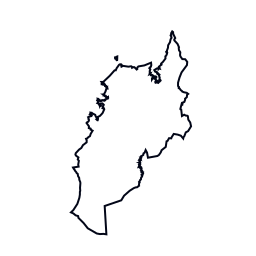 the district of Capiz, Capiz, Philippines, rotated 314°
{"feature_id": "2640588B34459645926333", "entity_name": "Capiz", "entity_type": "district", "adm_level": 2, "iso_a3": "PHL", "parent_name": "Philippines", "parent_adm1": "Capiz", "projection": "albers", "projection_center": [122.785, 11.39], "detail": "fine", "context": "isolated", "style": "outline", "palette": "ink", "viewbox_px": 256, "rotation_deg": 314, "n_neighbors": 0, "source": "geoboundaries", "source_scale": "gbopen_adm2", "svg_char_len": 5904}
<svg xmlns="http://www.w3.org/2000/svg" viewBox="0 0 256 256"><g transform="rotate(314 128 128)"><path d="M27.7,145.6L28.6,148.1L28.8,151.0L30.0,153.3L28.9,154.8L28.8,162.1L27.9,168.7L30.4,178.8L32.2,181.5L34.7,183.8L36.5,186.3L55.7,165.4L71.3,173.4L76.6,172.2L84.0,172.8L88.7,173.9L90.5,174.7L91.7,175.7L93.9,176.0L93.9,175.8L94.6,175.5L96.3,174.2L96.8,174.2L96.9,173.4L98.7,173.2L99.2,172.8L100.0,173.0L101.6,171.8L102.8,171.9L103.5,171.4L103.6,170.7L104.0,170.8L104.0,170.4L105.1,170.7L105.7,170.5L105.7,169.7L106.2,169.6L105.9,169.2L106.4,169.1L105.8,169.1L105.6,168.1L106.3,167.4L106.7,167.7L106.7,167.2L107.1,167.4L107.3,166.4L107.6,166.1L107.8,166.5L107.7,166.0L108.2,166.0L108.6,165.4L108.5,165.1L108.1,165.0L108.2,164.8L107.7,164.5L107.6,163.9L108.9,164.2L108.9,163.9L108.4,163.8L108.5,163.4L108.1,163.3L107.9,162.9L108.2,162.6L107.9,162.5L108.4,162.3L108.7,162.9L109.0,162.0L109.6,162.3L109.9,162.0L110.3,162.0L110.4,161.6L110.0,161.6L110.4,161.4L110.1,161.1L110.9,160.9L110.8,160.5L111.1,160.8L111.4,160.1L111.4,160.5L111.7,160.5L111.7,160.0L112.3,159.7L112.2,159.4L113.1,159.2L112.9,159.0L113.2,158.7L112.8,158.2L113.6,158.0L114.2,158.6L114.3,158.2L114.7,158.1L114.7,158.4L114.9,158.1L115.2,158.2L115.3,157.8L115.6,158.2L116.2,158.0L116.4,157.5L116.2,157.1L116.9,157.0L117.2,157.3L119.2,157.7L120.5,156.8L121.8,157.1L124.4,156.0L123.5,158.8L120.5,163.0L128.3,168.6L130.1,169.0L133.2,168.5L135.4,167.6L140.6,168.3L145.2,165.0L146.2,165.4L149.2,164.6L150.6,166.3L151.3,165.9L155.5,165.0L157.8,168.4L159.2,171.4L158.8,175.0L159.9,174.3L161.2,174.2L165.0,172.6L167.5,173.4L173.0,172.2L175.2,168.9L175.9,165.6L178.1,162.8L178.0,162.1L177.0,160.8L176.6,159.2L174.1,158.5L178.2,153.5L177.9,152.7L178.1,152.4L182.9,149.7L182.9,150.6L184.3,149.7L185.9,150.4L188.0,149.5L188.7,148.7L191.0,148.9L193.0,147.4L194.3,147.6L194.1,145.8L192.5,143.3L191.9,141.7L192.1,141.3L191.9,139.6L192.3,137.5L191.9,136.9L192.9,136.1L192.7,135.4L193.2,134.6L195.4,132.5L200.1,130.0L205.2,127.9L214.2,126.7L216.7,124.7L217.2,121.4L215.3,119.2L215.9,116.0L216.6,114.8L218.8,113.0L219.4,110.6L220.9,108.8L221.5,108.6L222.9,105.2L223.2,100.5L223.8,99.8L225.5,99.5L227.1,95.1L228.3,93.8L228.2,92.7L226.1,93.2L225.7,93.9L224.2,94.3L224.0,94.9L224.2,95.3L223.2,96.2L223.1,96.7L221.4,97.0L218.9,98.6L215.4,99.4L213.5,101.0L209.9,102.6L209.7,103.2L209.2,102.8L209.1,103.0L209.6,103.4L208.7,104.4L206.6,105.2L205.5,105.1L204.0,106.7L199.9,107.2L197.3,107.1L196.7,107.5L196.7,108.1L193.5,107.6L192.8,108.0L193.0,108.9L192.6,108.8L192.5,109.3L192.2,108.8L191.5,108.9L192.0,108.2L190.9,107.4L187.9,106.7L187.4,108.4L187.9,109.6L188.2,109.6L188.2,110.4L188.0,110.2L187.6,110.8L187.3,111.6L188.0,112.5L188.2,113.6L187.6,113.8L187.4,113.4L186.4,115.6L186.1,115.6L185.1,117.0L185.0,117.8L184.4,117.9L184.5,118.5L183.2,118.5L182.2,118.0L181.9,118.4L181.4,118.4L181.1,117.6L182.2,116.8L181.5,116.7L181.1,116.2L179.8,116.5L179.7,116.1L180.4,115.4L182.1,115.0L182.3,113.6L181.9,113.3L182.6,113.8L183.8,113.0L184.4,113.0L184.5,112.6L184.3,112.1L183.6,112.0L183.1,112.4L181.8,112.6L181.7,111.9L180.2,111.4L179.6,111.5L180.3,110.8L180.5,111.0L181.3,110.8L182.0,111.1L183.0,110.7L182.5,110.2L182.9,109.7L183.2,110.1L183.1,109.2L182.8,109.2L182.8,108.8L182.7,109.1L182.7,108.8L182.3,108.9L181.8,107.8L182.2,107.0L181.8,106.7L182.3,106.8L182.3,106.6L182.8,106.4L181.9,106.1L182.8,105.8L182.7,105.3L183.5,105.0L183.9,104.1L185.7,103.3L185.8,102.2L186.1,102.3L186.5,101.6L187.9,101.9L189.4,101.1L191.0,99.2L184.4,96.3L179.5,92.7L178.2,92.7L177.2,93.1L176.9,93.7L176.1,93.6L176.2,90.4L175.5,89.6L174.2,89.1L174.8,88.3L174.6,87.4L172.4,85.7L169.2,81.2L167.6,80.7L168.2,79.7L168.8,79.8L169.1,79.4L169.0,78.7L167.9,77.8L167.1,77.7L163.1,78.3L161.0,79.1L160.5,78.5L160.0,78.3L152.9,78.6L144.1,78.2L143.5,78.0L143.5,77.7L142.7,76.9L142.6,77.3L142.8,77.6L142.3,78.2L141.1,78.4L140.5,78.1L141.1,78.7L141.0,79.3L141.1,79.0L142.1,79.1L143.4,79.7L143.2,80.9L142.9,80.5L142.2,80.0L141.7,79.7L141.0,79.6L142.5,80.2L142.4,80.7L143.1,81.4L142.2,82.4L142.4,82.7L142.3,83.6L142.9,83.7L142.4,84.8L142.5,85.3L142.1,85.9L141.7,85.5L142.2,85.1L141.4,85.1L140.7,85.4L140.9,85.6L140.7,85.4L138.5,86.5L135.8,87.2L135.7,87.5L134.9,86.8L135.1,87.7L134.5,87.9L135.0,88.6L134.8,89.1L135.2,90.2L135.6,90.2L135.5,91.0L135.9,91.6L135.6,92.1L136.3,92.2L135.7,92.8L135.4,92.6L135.5,92.9L135.0,93.0L134.8,92.5L132.4,91.7L132.2,92.3L131.4,92.2L131.0,91.9L131.1,91.2L130.1,90.0L129.6,90.3L128.3,89.8L128.1,88.8L128.5,88.2L127.8,87.7L128.1,87.3L127.6,86.5L128.2,86.2L128.0,85.9L127.8,86.3L126.4,86.6L126.4,86.8L126.8,86.7L127.3,87.1L127.0,88.0L126.5,87.8L126.3,88.5L124.7,88.7L125.1,89.4L124.8,90.3L125.6,90.5L125.7,90.9L124.7,91.6L124.4,92.1L125.0,91.8L125.0,92.3L125.3,92.1L125.5,92.7L126.1,91.7L126.9,91.6L127.9,92.5L127.9,93.7L127.7,93.6L127.4,94.6L126.5,94.7L125.4,95.4L125.7,96.1L125.3,96.7L124.9,96.6L125.3,97.3L125.0,97.9L121.2,99.3L119.5,99.4L117.1,99.4L115.1,98.6L113.6,100.2L112.5,100.8L112.3,100.6L112.3,99.5L112.7,99.7L113.2,99.3L114.1,96.3L114.7,95.3L113.7,92.0L113.8,91.4L113.0,90.3L112.7,90.7L111.6,91.0L112.1,91.6L111.9,92.1L111.4,92.2L111.4,92.9L111.8,92.8L111.9,93.2L111.2,93.4L109.2,92.1L108.1,91.8L107.9,92.6L107.0,93.2L107.0,93.9L106.1,94.8L104.8,95.0L103.8,94.6L102.8,94.7L102.1,98.7L100.7,99.9L101.6,101.4L101.3,102.3L100.9,102.4L101.5,104.4L97.9,105.2L95.7,106.3L93.7,105.8L92.3,105.9L91.1,105.3L90.3,107.0L88.9,108.2L84.4,107.5L81.2,108.3L78.6,107.8L73.6,107.9L72.3,108.7L72.0,110.0L72.4,112.8L70.5,113.7L70.3,115.4L67.1,117.6L65.9,119.3L61.4,115.9L60.9,117.5L61.0,118.4L60.5,119.2L60.3,121.4L59.9,122.4L60.1,123.6L58.7,125.5L58.2,127.5L56.9,129.0L55.9,131.3L55.1,132.2L51.7,135.0L49.6,137.3L48.7,137.7L46.6,139.7L44.0,141.5L38.2,144.3L30.9,145.7L27.7,145.6ZM169.7,69.7L169.0,70.5L169.3,71.2L168.9,72.7L169.3,73.0L169.9,72.5L169.7,71.6L170.4,71.2L170.9,71.6L172.0,70.6L171.0,70.1L170.1,70.2L169.7,69.7Z" fill="none" stroke="#020617" stroke-width="2"/></g></svg>